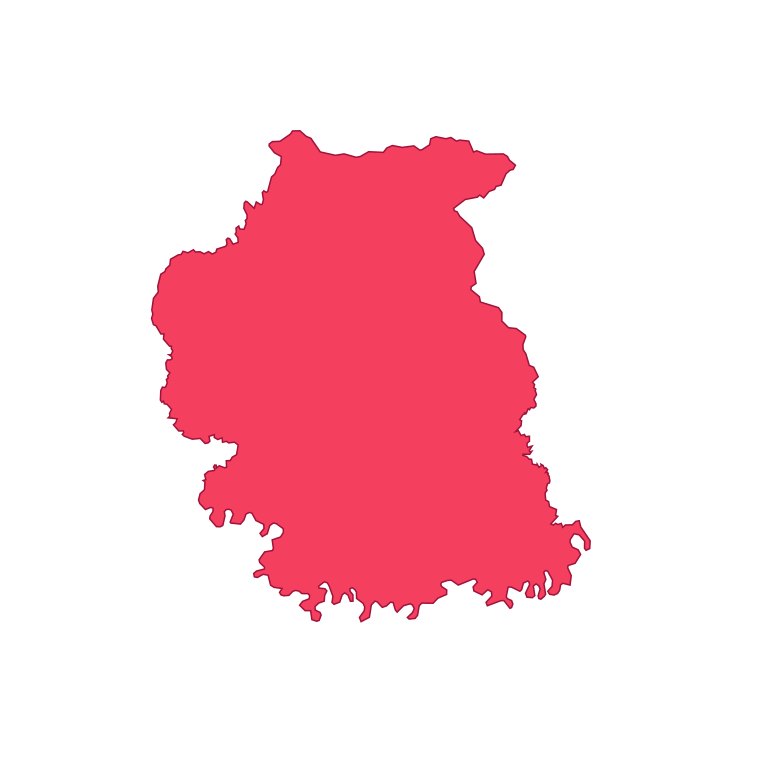 outline of Jamundí, Valle del Cauca, Colombia, rotated 62°
{"feature_id": "7082276B34643153596427", "entity_name": "Jamundí", "entity_type": "district", "adm_level": 2, "iso_a3": "COL", "parent_name": "Colombia", "parent_adm1": "Valle del Cauca", "projection": "mercator", "projection_center": [-76.61, 3.224], "detail": "fine", "context": "isolated", "style": "filled", "palette": "rose", "viewbox_px": 768, "rotation_deg": 62, "n_neighbors": 0, "source": "geoboundaries", "source_scale": "gbopen_adm2", "svg_char_len": 6170}
<svg xmlns="http://www.w3.org/2000/svg" viewBox="0 0 768 768"><g transform="rotate(62 384 384)"><path d="M489.3,584.4L490.1,588.0L493.4,589.0L495.4,586.6L495.3,580.1L498.4,576.1L508.4,578.6L511.9,576.6L516.7,570.0L519.0,574.1L521.8,574.0L523.9,572.0L526.0,567.2L524.3,561.9L524.7,559.2L526.8,556.4L530.5,554.9L533.5,549.5L535.9,549.0L538.5,550.9L537.7,557.9L539.7,562.4L547.1,560.1L549.7,555.2L558.2,558.3L561.9,554.8L562.3,552.2L558.5,548.0L555.7,547.7L551.3,550.8L548.1,549.4L546.8,544.4L547.7,538.7L542.9,535.7L539.9,531.6L537.1,532.2L533.7,537.1L531.9,536.7L530.6,529.5L533.1,527.3L536.7,527.3L547.5,528.8L552.5,532.5L555.1,531.5L555.8,525.4L550.5,519.9L550.0,516.7L553.5,514.9L560.1,515.7L561.2,513.3L555.5,510.4L551.2,511.2L548.9,510.4L548.8,507.8L551.8,506.3L554.6,506.0L560.5,508.9L567.9,505.4L571.9,505.7L575.0,508.0L578.6,515.3L583.1,515.8L583.1,506.4L573.1,498.9L571.5,493.9L573.1,492.3L580.4,490.4L581.1,486.0L579.7,480.8L581.2,478.5L588.9,480.1L591.6,479.5L588.9,470.9L590.4,464.0L592.7,462.6L596.7,462.8L599.2,466.2L601.1,473.0L603.4,472.1L605.6,466.6L604.0,463.0L596.3,457.0L595.2,453.5L600.6,443.6L598.4,436.9L599.2,427.5L595.3,425.3L589.8,428.2L587.5,427.9L586.2,426.4L587.3,420.1L588.8,416.7L596.4,412.8L598.0,396.9L599.4,394.8L602.9,394.7L605.0,400.6L608.9,401.8L616.2,396.4L614.4,388.9L618.1,386.7L621.9,388.4L624.7,396.4L628.3,396.9L630.1,382.9L631.5,379.8L641.2,378.1L641.3,376.3L638.7,373.5L635.1,373.0L631.4,375.9L629.2,375.9L621.6,369.7L623.1,366.9L630.8,361.3L630.2,359.0L625.2,354.3L625.4,349.8L626.5,348.9L629.4,349.6L635.2,357.3L639.3,357.9L642.3,353.4L641.7,350.2L632.5,347.0L631.9,343.6L634.7,342.1L638.3,342.4L643.4,347.4L646.1,348.0L647.7,346.5L646.8,342.3L645.5,340.0L635.5,336.6L632.5,332.8L625.3,331.4L624.5,329.0L626.3,327.3L636.4,327.3L641.6,330.7L643.9,336.7L647.4,336.5L650.2,332.9L650.4,329.1L648.7,325.9L644.3,322.4L643.9,319.7L648.9,314.1L641.0,308.6L632.7,308.1L630.7,306.8L632.0,299.4L626.8,290.4L621.6,290.4L616.3,294.4L610.9,294.0L608.7,292.5L605.4,286.6L608.8,282.5L616.9,280.6L623.2,284.1L625.7,283.7L625.9,279.6L619.3,275.6L602.6,277.4L596.4,275.8L595.3,279.2L596.8,283.8L593.6,290.1L594.5,293.5L590.3,293.0L589.7,296.5L587.6,297.8L588.0,300.7L585.9,302.4L582.4,292.7L580.6,294.2L575.8,290.6L570.0,295.4L565.1,293.9L562.4,295.7L555.9,293.0L554.4,289.9L552.2,289.7L548.9,286.5L549.0,284.4L547.4,283.0L542.8,281.5L540.7,282.0L540.3,281.0L538.7,281.1L538.0,282.8L536.6,279.8L533.9,280.4L533.8,282.0L530.6,281.8L528.6,283.1L530.0,283.4L530.3,286.3L526.6,286.4L527.3,286.9L524.5,290.6L519.7,289.1L518.6,291.1L515.0,292.1L512.2,294.9L511.3,294.2L514.5,288.3L512.8,285.1L512.5,286.9L511.0,287.0L508.3,282.4L507.5,286.8L505.3,286.6L503.4,285.2L502.8,282.4L498.4,280.1L496.9,283.7L494.5,283.7L493.8,287.2L488.3,287.3L487.8,290.1L485.1,282.5L481.1,279.8L479.2,280.9L476.2,275.5L476.7,273.6L475.6,273.3L476.8,272.3L473.5,268.3L475.0,267.6L473.7,265.4L475.5,263.0L474.9,260.3L472.9,259.1L467.9,258.9L465.0,254.3L460.8,253.6L459.8,252.4L457.4,253.5L455.2,251.3L452.1,252.0L450.0,244.4L439.5,243.9L435.8,247.0L424.1,244.6L419.0,245.0L414.4,242.8L408.9,236.7L407.3,236.3L397.1,241.2L392.8,247.6L383.7,250.4L376.2,246.3L370.3,247.1L356.9,260.4L351.7,258.8L341.5,263.0L339.1,261.3L338.4,255.5L327.0,251.6L316.5,234.6L310.4,233.3L300.2,235.8L287.2,233.1L271.5,238.4L266.2,238.6L264.1,240.6L261.6,240.0L259.2,225.7L262.9,213.7L262.1,210.8L266.5,208.6L263.3,200.8L264.1,195.1L262.2,192.3L263.4,187.3L255.6,177.5L254.4,172.2L255.2,169.2L252.5,165.2L245.3,168.2L241.0,168.2L236.9,170.6L228.7,186.5L221.6,192.7L221.2,196.1L209.3,195.1L204.1,202.8L203.6,206.0L197.8,209.1L196.5,214.2L190.0,222.1L189.4,227.6L194.2,231.4L195.0,241.0L194.0,242.8L187.8,245.8L183.6,256.9L177.4,264.6L176.9,270.8L179.2,275.8L171.7,288.5L172.0,298.1L170.8,302.1L162.1,311.2L159.3,319.5L149.2,331.3L132.7,333.2L128.9,336.4L121.0,339.3L117.6,346.0L119.4,349.2L120.9,361.8L117.6,368.7L118.2,372.7L119.9,373.7L128.4,372.2L135.0,367.9L141.8,372.4L142.9,376.3L147.4,381.9L148.4,386.1L159.5,396.4L159.4,398.0L157.0,399.4L157.9,401.6L164.8,404.0L168.1,407.1L167.8,408.6L163.3,411.3L167.9,416.1L158.8,419.3L157.7,420.4L158.7,422.5L163.1,425.3L170.4,425.5L173.9,427.5L174.5,429.7L177.7,430.4L181.7,435.0L179.4,438.6L176.3,438.1L176.9,441.5L180.7,443.2L181.7,445.0L186.5,444.4L190.5,446.3L189.7,451.6L183.1,452.1L181.9,453.5L182.5,455.5L186.9,457.0L188.1,459.2L186.4,468.3L188.7,470.5L188.6,474.6L184.7,476.8L184.6,481.7L180.9,484.3L178.9,488.5L176.0,489.2L176.1,495.5L172.5,499.2L174.4,502.2L173.4,505.1L173.6,513.9L178.5,517.3L179.9,522.4L181.9,524.6L182.3,529.6L191.5,537.9L196.8,540.1L200.1,547.3L209.7,554.3L213.8,555.3L217.0,558.5L223.4,559.7L225.4,558.0L235.1,557.5L236.5,554.8L240.9,557.7L249.9,555.6L250.9,553.9L252.8,555.2L255.6,555.0L258.1,558.1L257.2,560.2L260.1,558.6L262.2,559.2L262.4,561.4L261.0,563.9L263.0,566.8L269.0,569.2L273.7,567.9L275.3,571.3L277.4,571.7L277.8,574.0L281.3,574.9L283.7,577.7L284.2,579.1L282.7,581.1L284.9,584.1L293.2,589.0L295.9,588.7L295.6,586.8L298.4,587.3L300.0,585.1L306.6,583.5L309.3,587.2L311.9,588.2L312.5,590.5L317.6,583.0L320.3,586.0L321.2,589.1L329.2,587.2L331.2,583.2L332.8,583.6L333.8,585.8L336.3,584.9L342.7,579.2L345.8,571.8L352.5,569.9L353.4,567.0L352.8,564.6L348.1,563.1L349.1,557.6L351.5,559.0L355.0,556.8L355.6,552.3L359.6,553.9L360.7,550.0L363.1,548.8L365.2,543.3L369.4,541.4L377.2,547.4L377.3,552.3L379.4,555.7L377.7,559.3L383.6,562.1L383.1,564.1L378.9,567.8L379.5,571.4L377.0,570.2L376.0,571.6L377.4,573.6L379.5,573.2L380.7,574.4L378.7,580.1L379.7,584.9L384.8,586.2L384.3,589.0L386.3,588.0L393.1,592.2L394.5,597.8L399.3,602.2L403.0,602.8L411.0,600.6L411.6,594.9L413.5,593.2L416.4,595.0L418.9,599.5L421.2,601.2L431.3,598.9L433.2,595.6L433.2,592.7L425.8,586.3L421.7,584.9L420.8,582.2L421.7,579.9L423.5,578.2L428.2,578.2L433.7,584.7L434.9,584.5L440.3,576.5L438.3,571.5L434.0,566.8L434.2,563.2L436.1,561.2L444.4,561.2L451.5,556.1L455.3,557.8L457.7,563.6L461.6,563.1L461.4,557.4L455.4,551.4L454.8,547.0L456.8,544.6L464.4,540.9L467.9,542.6L470.5,547.2L469.1,555.9L477.1,558.8L478.7,560.6L476.2,568.2L480.6,576.9L483.5,577.5L489.5,575.5L491.2,576.5L489.3,584.4Z" fill="#f43f5e" stroke="#9f1239" stroke-width="1.5"/></g></svg>